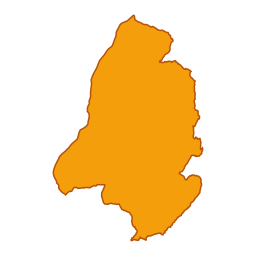 Cantá, Roraima, Brazil
{"feature_id": "56859067B96809433699135", "entity_name": "Cantá", "entity_type": "district", "adm_level": 2, "iso_a3": "BRA", "parent_name": "Brazil", "parent_adm1": "Roraima", "projection": "natural_earth1", "projection_center": [-60.462, 2.296], "detail": "fine", "context": "isolated", "style": "filled", "palette": "amber", "viewbox_px": 256, "rotation_deg": 0, "n_neighbors": 0, "source": "geoboundaries", "source_scale": "gbopen_adm2", "svg_char_len": 5881}
<svg xmlns="http://www.w3.org/2000/svg" viewBox="0 0 256 256"><path d="M89.1,100.9L89.3,102.9L89.2,103.9L88.7,105.0L88.0,106.1L87.4,108.3L87.4,110.2L87.6,110.8L87.3,111.5L88.7,113.0L89.0,114.0L89.2,115.3L89.1,117.3L88.2,121.4L88.0,123.3L87.6,124.6L86.3,126.2L83.5,128.3L80.9,129.6L80.1,130.2L79.3,131.9L77.8,137.6L77.0,139.4L72.3,143.4L70.4,145.5L69.1,147.4L65.4,151.1L61.6,154.3L59.4,156.8L58.4,159.2L57.5,160.8L55.2,165.5L54.1,168.6L53.5,170.8L53.3,172.5L53.5,174.8L54.6,177.7L55.0,178.6L55.9,179.8L56.5,181.5L56.7,183.0L58.4,184.6L58.7,185.4L58.7,188.1L59.0,188.7L59.6,189.7L60.2,190.1L61.2,191.4L61.7,191.8L62.4,192.6L63.5,193.3L64.3,193.5L65.6,194.9L67.7,192.6L69.4,191.4L70.0,191.5L71.5,191.3L71.9,191.0L73.7,187.8L74.2,187.5L75.3,187.6L76.2,187.4L77.7,188.3L78.3,188.4L81.9,187.9L82.9,187.5L83.3,188.0L84.5,187.9L85.4,187.5L86.9,187.6L87.5,187.4L88.8,187.8L90.0,187.8L90.5,187.1L91.6,186.9L92.4,186.3L94.3,185.5L94.8,185.8L95.4,186.0L96.2,185.8L96.6,185.6L97.0,184.7L104.6,184.7L104.7,185.7L104.0,187.9L103.2,189.4L102.9,190.6L101.7,192.6L101.8,193.8L101.6,194.6L101.7,196.9L102.1,197.5L102.5,199.3L103.5,202.7L105.1,204.2L106.5,204.0L107.6,204.4L110.3,203.3L111.5,203.4L112.3,203.7L115.6,204.1L116.9,204.4L119.1,204.1L121.8,209.4L122.3,209.4L124.0,210.6L125.2,210.5L126.6,211.5L128.8,212.2L129.7,212.8L130.3,213.8L130.6,214.5L131.5,215.5L131.9,216.4L132.2,218.2L131.7,221.0L132.1,222.7L132.3,224.6L133.2,225.7L133.5,226.5L134.0,226.9L134.8,226.8L134.8,227.4L135.6,228.7L135.8,229.3L136.2,229.5L136.9,230.3L137.2,231.7L136.8,232.6L136.3,233.0L136.3,233.7L135.8,234.1L135.3,235.0L134.4,235.7L133.7,236.6L133.4,237.4L132.7,237.9L132.0,237.9L131.0,240.1L131.7,240.6L132.4,240.5L132.8,239.9L133.4,239.9L134.1,239.6L135.0,239.6L135.6,240.0L136.4,240.2L136.9,240.0L137.5,240.3L138.7,240.1L139.2,238.7L139.8,238.5L140.2,238.0L140.3,237.4L140.8,238.0L141.2,238.2L142.5,238.4L143.2,239.0L144.2,239.1L145.4,240.0L146.1,240.0L146.2,238.9L146.0,238.0L147.1,236.9L147.4,236.3L148.0,235.9L148.5,236.2L149.5,235.8L150.3,236.0L152.4,235.1L153.3,234.9L154.3,234.3L154.9,234.2L155.3,233.8L156.2,234.0L157.7,233.4L159.8,233.1L160.4,233.1L160.7,233.8L162.3,234.7L163.0,234.8L163.3,233.9L164.1,233.0L164.9,232.8L165.1,232.0L164.9,231.5L165.2,230.7L166.1,230.6L166.6,230.2L168.1,227.5L169.3,227.0L169.9,226.9L170.5,227.2L170.5,226.6L171.5,225.3L172.3,225.0L172.5,224.4L172.5,223.4L173.2,222.7L173.9,222.5L174.4,222.1L175.1,220.6L175.5,220.4L176.4,219.4L177.6,217.5L178.2,217.4L178.5,216.9L180.2,215.8L181.2,215.5L181.9,213.7L182.5,213.4L183.0,212.7L183.6,212.2L183.9,211.4L185.0,210.1L186.7,209.2L187.4,208.3L188.1,208.1L188.3,207.2L189.4,206.8L190.3,205.5L190.4,204.7L190.7,204.2L190.7,203.1L191.9,202.1L192.4,202.1L194.8,199.3L194.7,198.7L195.2,198.1L196.1,197.4L196.4,196.9L197.1,196.4L197.9,195.3L198.1,194.7L199.1,193.7L199.5,193.0L199.9,192.5L199.8,191.6L200.6,188.4L200.6,187.3L201.4,185.8L201.5,184.6L201.4,183.2L201.0,182.8L200.9,181.3L201.1,180.4L201.0,179.3L199.9,177.4L199.2,177.1L199.0,176.6L198.5,176.2L196.8,175.9L196.3,175.5L194.9,175.8L194.3,175.2L193.2,175.0L192.6,175.2L192.0,175.0L190.9,175.9L190.2,175.7L189.6,176.4L189.0,176.5L187.4,178.4L187.0,179.5L185.9,179.8L184.8,178.8L184.3,177.3L183.8,176.3L179.2,173.5L180.3,172.0L181.2,171.9L181.9,171.5L182.4,171.2L183.0,170.4L184.1,168.6L185.3,165.4L186.9,163.9L190.0,158.3L190.5,157.8L191.2,155.9L192.3,155.3L193.3,155.5L194.3,155.3L195.4,156.3L196.0,155.7L196.9,156.4L197.5,156.2L198.2,156.4L199.1,156.1L200.0,155.1L201.4,153.9L201.7,153.1L201.8,151.7L202.5,150.6L202.7,148.8L202.5,148.0L201.7,149.1L201.0,149.5L200.5,149.2L200.6,145.3L200.9,142.0L200.3,140.4L200.0,138.6L199.3,138.5L197.6,139.1L197.2,138.2L196.7,137.5L195.7,137.2L195.0,138.8L194.5,138.7L193.6,137.9L193.3,137.2L193.3,136.0L193.8,133.4L193.8,132.8L193.5,131.3L193.6,130.3L193.5,128.0L193.1,126.8L193.1,126.1L194.1,126.2L194.6,126.5L194.9,126.0L197.8,119.7L198.3,118.9L199.1,119.0L199.4,118.4L199.4,117.4L199.6,116.4L199.2,115.8L198.5,115.3L198.2,114.8L198.0,113.2L198.1,111.4L197.5,110.5L196.4,110.2L195.7,110.2L195.3,109.7L194.5,108.2L194.6,107.4L195.1,105.9L194.9,105.1L194.7,103.5L194.3,102.1L194.1,101.1L194.4,99.9L195.2,99.2L194.9,97.8L195.0,95.8L195.2,94.7L194.9,93.2L195.1,92.4L194.2,91.0L194.5,89.9L194.4,88.6L194.5,88.0L194.2,86.9L194.4,85.7L194.8,85.1L194.7,84.5L194.4,83.3L195.1,81.0L193.8,80.3L193.0,79.0L192.5,78.8L192.1,78.2L191.1,77.4L190.2,76.1L189.7,74.7L190.0,74.1L190.1,72.8L190.4,72.1L191.1,71.5L190.6,70.9L189.0,70.0L188.5,69.4L187.9,69.2L187.5,69.4L185.6,68.6L185.0,69.3L184.4,69.3L183.9,68.9L183.5,68.3L182.8,68.0L182.5,67.3L181.4,66.2L180.9,65.4L179.8,64.7L179.4,64.2L178.1,64.0L178.0,63.2L177.6,62.9L176.8,62.4L176.1,62.3L176.0,61.6L175.6,60.8L174.9,60.8L173.9,61.0L171.9,62.2L171.8,61.6L169.0,61.4L168.4,61.2L167.0,61.9L165.5,61.9L165.0,61.6L164.6,61.7L163.7,62.6L162.4,62.6L162.0,62.2L161.5,62.4L160.9,62.1L160.0,62.4L159.5,61.6L159.8,61.1L160.4,60.6L161.3,60.4L161.9,59.9L162.2,58.8L162.6,58.1L163.5,57.1L165.1,54.5L167.0,53.6L167.5,53.1L168.3,52.8L169.6,50.9L170.0,49.9L169.9,46.6L170.6,44.9L170.9,43.1L171.4,42.4L172.8,41.3L173.0,40.5L172.5,39.0L171.9,39.3L171.4,38.8L170.5,36.9L170.5,35.8L169.6,34.7L168.6,34.2L168.4,33.0L167.9,32.4L166.4,32.4L165.8,32.2L164.5,31.2L163.5,30.9L162.1,30.1L160.7,30.5L158.3,30.1L157.2,29.2L156.5,29.1L156.0,28.3L153.8,27.1L153.2,26.6L152.2,26.5L151.6,27.0L150.9,27.0L147.2,24.8L145.9,24.5L145.1,24.6L142.9,24.1L142.2,23.5L140.6,22.6L138.4,22.0L135.3,20.0L134.9,19.5L134.4,16.0L134.1,15.4L133.3,15.4L127.6,20.6L126.8,21.1L122.7,22.7L121.2,23.6L120.1,24.7L116.6,31.4L116.3,32.2L116.0,35.8L115.4,37.6L114.7,39.0L114.2,40.7L112.5,45.2L111.7,46.4L108.3,49.1L106.8,51.0L104.1,55.1L100.3,59.6L99.2,61.4L98.5,63.2L97.6,65.8L96.3,68.6L93.5,73.8L92.4,76.3L91.1,79.9L91.5,82.4L91.5,85.2L90.9,88.9L90.5,93.3L90.6,95.5L90.5,97.4L89.9,99.0L89.1,100.9Z" fill="#f59e0b" stroke="#b45309" stroke-width="1.5"/></svg>